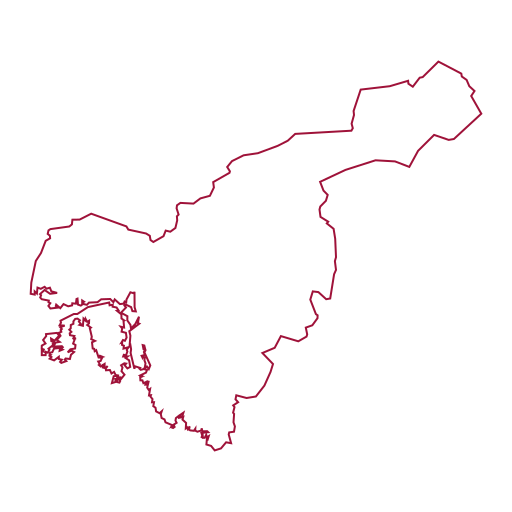 Eigersund nor, Rogaland, Norway (orthographic projection)
{"feature_id": "86288312B23516572714138", "entity_name": "Eigersund nor", "entity_type": "district", "adm_level": 2, "iso_a3": "NOR", "parent_name": "Norway", "parent_adm1": "Rogaland", "projection": "orthographic", "projection_center": [6.003, 58.503], "detail": "fine", "context": "isolated", "style": "outline", "palette": "rose", "viewbox_px": 512, "rotation_deg": 0, "n_neighbors": 0, "source": "geoboundaries", "source_scale": "gbopen_adm2", "svg_char_len": 5939}
<svg xmlns="http://www.w3.org/2000/svg" viewBox="0 0 512 512"><path d="M31.3,282.6L30.7,293.8L34.7,294.6L34.7,291.4L36.9,293.5L37.5,287.6L40.8,288.8L44.6,286.8L46.5,288.7L49.9,287.7L51.3,291.3L57.1,292.9L50.1,293.8L44.6,290.0L40.0,294.1L41.1,295.2L40.2,297.5L41.7,299.2L48.8,300.6L48.5,302.2L50.3,303.2L48.4,305.9L50.4,308.5L58.0,307.6L55.8,306.0L56.2,304.6L60.3,308.2L63.5,304.1L68.2,306.3L72.1,305.4L72.3,303.3L75.9,303.7L76.5,299.0L77.5,298.6L78.0,304.6L80.8,305.6L82.2,304.6L82.2,300.5L84.0,301.7L82.9,302.3L83.7,304.1L86.9,304.8L89.0,302.6L97.5,302.2L101.2,299.3L110.2,299.0L113.4,302.2L114.7,299.4L119.9,304.1L123.7,303.6L124.6,301.5L126.2,302.3L126.5,299.5L130.4,292.3L133.9,293.3L134.5,291.8L134.6,307.2L135.8,311.4L132.4,311.1L131.1,307.1L125.0,304.2L124.3,305.3L126.0,307.5L121.0,312.7L127.4,316.2L127.3,320.4L130.4,324.8L131.0,328.5L135.3,324.0L139.0,316.7L137.9,323.1L139.3,323.7L129.3,331.2L130.4,335.6L129.6,345.7L130.4,345.0L131.1,349.2L130.6,352.9L134.4,368.8L135.0,366.3L140.1,367.9L139.5,368.7L140.7,369.8L143.2,369.2L144.7,368.0L145.5,363.3L144.4,360.2L144.8,357.6L143.4,356.4L142.6,357.9L141.6,355.8L144.9,355.0L143.9,352.0L145.1,349.8L143.5,349.2L142.7,345.1L144.3,345.5L145.5,350.3L144.4,352.3L150.3,365.4L148.8,369.1L146.9,366.5L144.2,369.1L147.0,370.0L146.0,372.6L140.7,375.2L141.9,375.9L140.4,376.0L141.4,376.8L140.2,377.3L140.4,380.3L142.4,380.3L143.4,383.2L146.2,381.9L145.3,384.7L147.0,384.7L147.5,381.5L148.6,381.7L147.2,387.6L148.7,389.9L150.1,388.9L149.0,395.4L150.9,395.2L150.4,396.5L152.5,399.1L152.0,402.3L154.0,402.2L153.3,406.2L155.5,407.7L156.1,411.4L159.6,413.2L161.7,411.3L160.8,414.0L161.6,418.0L164.5,419.4L165.5,422.3L172.1,425.1L171.4,426.5L173.0,425.6L172.3,427.7L173.1,428.0L174.6,426.9L173.6,424.7L176.6,422.8L175.5,420.6L175.9,418.1L178.6,416.0L178.9,417.8L181.6,417.3L179.6,415.3L183.4,412.7L182.1,417.0L183.3,416.7L182.5,419.6L186.1,422.9L185.8,428.3L187.0,427.3L187.7,429.1L189.7,426.4L189.0,429.7L190.3,430.4L193.9,430.8L195.3,428.7L195.2,430.6L197.4,431.7L201.3,430.5L201.7,428.3L202.4,431.3L207.2,431.2L208.2,432.2L201.4,432.9L202.2,435.4L201.4,438.0L202.7,435.3L202.9,437.8L204.7,437.8L206.2,434.8L207.0,437.3L208.7,436.2L207.7,439.4L206.9,438.8L206.4,444.5L211.1,445.9L214.7,450.4L221.0,448.4L226.1,442.3L231.1,443.2L228.7,434.4L229.2,432.4L234.0,431.7L234.9,426.4L233.5,422.3L234.1,413.9L233.1,412.7L234.5,407.1L233.2,405.4L238.1,402.2L235.5,399.3L236.3,395.3L246.6,398.0L255.9,396.5L264.4,385.6L270.5,372.0L273.0,364.0L262.4,353.0L274.7,347.8L280.9,336.1L298.3,341.3L306.5,336.6L307.2,334.4L305.8,327.6L312.3,325.3L317.5,318.2L317.6,315.3L315.9,314.1L310.3,299.6L312.8,291.4L318.4,292.1L326.2,299.2L330.2,298.5L334.1,274.2L336.0,269.9L334.9,261.1L336.0,257.2L335.2,238.8L333.6,228.8L326.8,223.4L328.2,221.7L320.5,216.9L319.5,209.5L320.3,206.5L325.9,200.8L327.7,194.9L323.5,190.6L320.1,181.8L345.5,169.9L375.5,160.3L395.0,161.4L409.3,166.9L418.1,150.8L434.1,134.9L448.7,139.9L453.9,139.0L481.3,113.7L471.2,96.0L474.5,91.0L469.3,86.2L466.6,79.9L461.8,76.5L461.3,73.6L438.4,61.6L422.7,77.1L419.7,77.7L412.8,86.7L408.4,83.7L408.1,80.8L389.8,86.2L360.7,89.6L353.6,111.0L354.0,115.0L351.6,123.7L352.8,128.2L351.4,130.7L295.2,133.9L287.8,140.7L277.8,145.8L257.9,153.2L243.6,155.3L232.0,161.1L227.2,167.0L229.9,171.3L229.5,172.8L213.2,182.1L213.9,187.5L209.9,195.8L200.4,198.4L193.5,203.6L180.4,202.9L177.0,205.3L176.6,208.3L178.6,214.6L176.9,216.3L177.2,220.3L175.4,228.0L170.3,231.7L165.7,230.6L163.5,236.2L153.3,242.0L150.5,240.0L149.8,235.8L146.1,233.5L128.3,229.6L126.4,226.4L91.2,213.7L79.6,219.6L72.4,219.7L71.9,224.4L69.3,226.5L50.4,229.1L48.5,230.4L47.7,233.9L49.9,235.7L50.1,238.3L45.7,240.8L41.0,253.0L35.8,261.0L31.3,282.6ZM109.2,302.5L87.9,307.1L77.3,314.0L73.8,314.0L60.5,320.7L61.0,322.7L59.6,325.3L64.7,325.6L60.3,327.3L61.8,329.0L60.7,330.0L61.1,331.5L62.1,331.5L58.8,332.8L60.5,335.8L56.8,339.9L59.6,341.9L55.5,342.6L53.6,346.6L61.9,346.2L62.8,347.2L61.0,348.9L62.5,349.6L59.6,350.8L60.1,347.9L54.0,348.6L52.3,352.2L50.1,352.7L49.6,354.8L50.6,355.0L49.7,355.9L51.4,357.0L49.7,358.7L54.1,360.4L58.8,356.8L58.8,359.0L61.8,359.7L60.1,361.9L61.3,362.9L66.3,361.1L64.8,359.6L65.6,358.5L69.9,359.0L71.0,354.7L74.1,352.0L71.6,350.7L67.7,352.3L70.4,349.3L75.1,348.5L75.5,345.0L73.1,343.6L74.5,339.9L73.9,339.0L76.0,338.3L73.4,338.2L74.4,336.0L70.0,335.2L69.7,333.3L71.4,331.9L69.3,329.7L70.7,328.4L70.8,325.0L73.4,323.8L73.4,321.4L75.2,318.9L77.5,318.6L79.9,320.3L78.9,321.6L80.8,323.9L79.5,324.9L82.9,325.8L83.5,318.6L85.1,320.4L85.5,318.7L87.2,321.9L89.1,320.7L89.0,323.4L87.2,325.0L90.9,327.6L89.8,328.3L91.8,336.8L91.2,339.1L95.0,340.9L92.0,342.3L92.7,348.5L94.2,348.8L94.7,351.2L96.2,350.2L98.6,357.5L100.3,357.5L98.9,356.4L99.8,355.7L102.7,356.9L100.6,357.7L101.8,358.4L100.6,361.0L98.2,361.5L99.8,364.3L98.9,365.0L100.7,366.5L104.6,363.9L104.6,366.7L102.8,365.5L102.8,367.5L105.3,368.2L107.6,366.0L105.7,368.6L106.0,370.3L109.9,370.0L111.5,373.5L114.1,371.9L115.6,375.0L119.0,375.6L113.7,376.2L111.9,383.1L115.8,381.9L115.2,379.0L116.7,378.9L117.3,382.1L119.4,382.6L120.1,381.2L117.5,377.7L120.2,377.3L121.3,377.6L119.2,377.8L120.6,379.5L124.5,374.7L121.5,371.2L122.5,367.5L121.1,365.3L124.3,363.3L126.1,363.6L124.7,365.3L127.4,368.4L130.2,366.9L129.1,360.3L125.6,358.0L127.7,356.4L123.2,356.5L123.8,354.8L126.0,355.3L127.4,351.5L126.7,349.8L128.7,347.1L123.5,348.6L123.9,345.7L122.0,344.9L122.2,342.2L121.5,342.5L123.0,340.0L124.9,340.8L126.6,337.6L125.9,332.8L121.6,331.7L122.2,328.5L120.8,326.7L124.1,327.5L123.5,320.9L124.3,320.5L121.5,318.5L121.4,314.4L117.0,310.8L118.6,310.5L116.6,307.5L112.6,306.7L112.7,304.7L109.6,305.3L109.2,302.5ZM56.9,332.9L46.0,334.1L46.2,336.1L43.1,340.0L45.5,343.5L41.8,345.6L41.7,348.6L44.6,349.9L43.2,349.8L43.7,351.6L41.8,350.8L41.8,355.1L45.6,355.1L45.9,351.9L47.8,352.7L49.4,349.7L48.5,348.7L53.6,344.7L52.8,343.9L54.1,342.4L51.3,341.1L51.1,338.6L54.5,340.7L59.2,335.6L56.9,332.9Z" fill="none" stroke="#9f1239" stroke-width="2"/></svg>